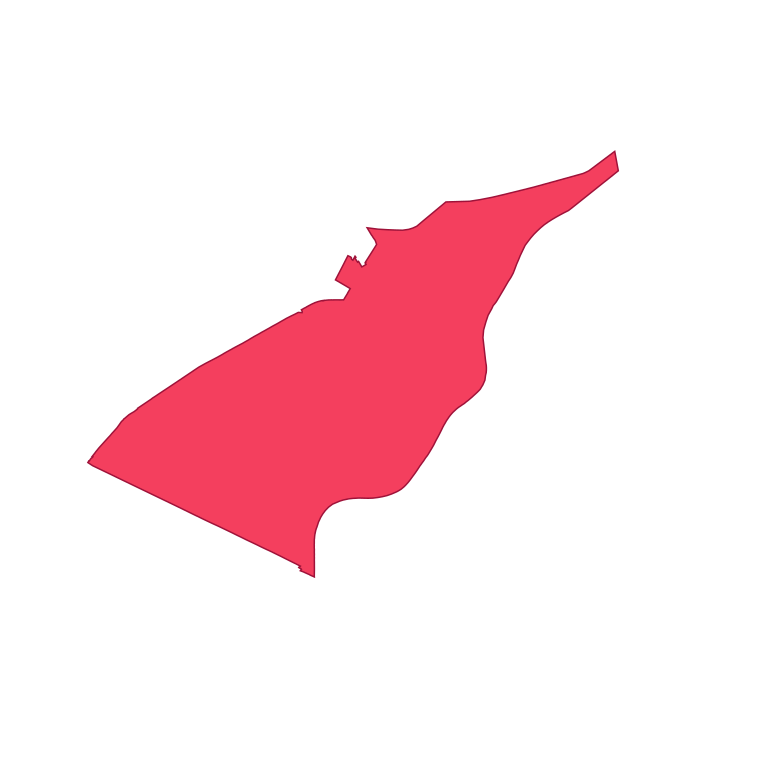 outline of Krimpen aan den IJssel, Zuid-Holland, Netherlands, rotated 157°
{"feature_id": "6326949B82028476449042", "entity_name": "Krimpen aan den IJssel", "entity_type": "district", "adm_level": 2, "iso_a3": "NLD", "parent_name": "Netherlands", "parent_adm1": "Zuid-Holland", "projection": "mercator", "projection_center": [4.603, 51.917], "detail": "fine", "context": "isolated", "style": "filled", "palette": "rose", "viewbox_px": 768, "rotation_deg": 157, "n_neighbors": 0, "source": "geoboundaries", "source_scale": "gbopen_adm2", "svg_char_len": 5543}
<svg xmlns="http://www.w3.org/2000/svg" viewBox="0 0 768 768"><g transform="rotate(157 384 384)"><path d="M85.0,488.7L84.8,489.6L80.7,508.0L112.2,500.2L116.3,500.0L118.6,500.0L169.2,506.7L194.3,510.7L198.1,511.3L211.5,513.6L223.7,516.2L233.9,518.8L255.9,527.4L284.8,518.7L291.9,516.5L292.8,516.4L296.6,516.3L300.8,516.7L306.8,518.3L313.2,521.2L320.4,524.6L328.9,528.8L338.5,534.4L337.5,527.2L337.3,525.9L337.0,524.8L336.9,524.2L336.8,523.2L336.0,519.7L336.1,517.4L336.3,515.3L344.8,509.4L353.8,503.2L353.4,502.6L353.9,502.3L354.2,502.1L353.9,501.0L356.3,500.7L358.2,500.5L358.7,500.5L358.9,502.4L359.0,503.1L359.1,503.9L359.4,505.8L359.5,506.8L360.7,506.5L361.1,508.6L361.1,509.0L361.6,510.6L360.3,511.6L360.7,513.0L362.2,511.8L364.3,510.1L365.1,511.5L365.1,511.9L365.1,512.1L364.8,512.4L364.8,512.5L364.7,512.7L364.7,512.9L365.0,513.9L367.1,516.2L373.1,511.2L373.4,510.9L388.0,498.8L381.0,489.4L377.8,485.0L381.2,482.5L382.0,481.9L382.1,481.7L383.5,480.7L385.5,479.3L387.0,478.2L388.3,477.2L388.6,477.4L391.2,478.4L394.1,479.7L396.0,480.5L398.8,481.6L399.4,481.9L400.9,482.5L401.6,482.8L402.4,483.1L402.8,483.2L403.4,483.4L403.7,483.5L404.7,483.8L405.4,484.0L406.2,484.2L407.0,484.3L406.8,484.5L408.0,484.8L408.7,485.0L409.1,485.1L410.2,485.3L411.1,485.4L412.2,485.6L412.5,485.6L413.4,485.7L413.9,485.7L414.4,485.8L415.1,485.8L415.5,485.8L415.9,485.9L416.7,485.8L417.4,485.8L418.0,485.8L418.5,485.8L418.9,485.8L419.7,485.7L420.6,485.7L421.2,485.6L422.2,485.5L423.1,485.5L423.9,485.3L424.8,485.3L425.8,485.1L426.7,485.0L427.7,485.0L428.4,484.9L429.2,484.8L429.8,484.7L430.5,484.7L431.1,484.6L431.0,483.8L430.9,483.2L430.9,482.8L431.1,482.3L431.3,482.0L431.5,481.7L432.3,482.1L432.8,482.4L433.2,482.5L433.5,482.7L433.7,482.8L434.4,483.1L434.9,483.4L438.7,483.1L440.8,483.0L443.1,482.9L447.5,482.6L447.9,482.6L450.2,482.3L451.9,482.1L454.7,481.8L456.8,481.5L459.6,481.2L461.8,481.0L463.9,480.8L466.3,480.5L467.8,480.3L469.8,480.1L470.7,480.0L472.4,479.8L474.3,479.6L476.6,479.4L478.6,479.1L479.6,479.0L481.6,478.8L483.5,478.6L484.6,478.5L485.5,478.4L486.7,478.2L488.5,478.0L489.8,477.8L491.6,477.5L493.4,477.3L495.3,477.1L496.8,476.9L498.5,476.7L499.8,476.6L501.2,476.5L501.5,476.5L501.9,476.4L503.6,476.3L504.6,476.2L505.6,476.1L506.3,476.1L507.7,475.9L509.2,475.8L511.2,475.5L512.8,475.4L514.3,475.2L515.7,475.1L517.4,474.9L519.9,474.6L521.0,474.4L521.9,474.3L523.6,474.1L524.6,474.0L525.7,473.9L526.3,473.8L540.2,472.7L547.8,471.9L552.0,471.1L560.2,469.5L577.4,466.2L582.1,465.3L596.1,462.7L599.1,462.1L602.6,461.5L604.4,461.0L620.4,457.9L620.6,457.3L624.9,456.2L628.2,455.8L630.7,455.4L636.4,453.6L636.9,453.6L638.0,452.9L640.4,452.0L642.0,451.0L643.6,450.0L646.9,448.0L652.0,445.6L653.6,444.9L656.5,443.4L658.6,442.5L663.6,440.2L669.6,437.4L671.7,436.4L676.2,434.0L676.8,433.6L681.0,431.3L680.7,431.1L680.4,430.7L681.3,430.2L681.7,430.2L682.0,430.2L682.4,430.1L682.7,430.0L683.2,429.7L683.8,429.4L685.3,428.3L685.5,428.4L685.7,428.6L687.3,427.4L684.1,422.6L682.6,420.9L651.1,385.0L623.0,353.0L607.8,335.5L607.7,335.5L607.2,334.9L604.3,331.5L601.4,328.2L596.4,322.6L592.1,317.9L585.5,310.4L581.8,306.2L578.3,302.1L575.8,299.3L571.7,294.5L567.6,289.9L563.7,285.5L560.7,282.0L556.7,277.5L555.1,275.8L546.4,265.8L543.2,262.0L537.3,255.1L532.1,249.0L532.7,248.7L532.9,248.8L533.0,248.9L533.4,248.8L533.6,248.7L534.2,248.4L534.1,248.2L532.7,246.3L532.4,245.9L532.4,245.6L534.0,244.8L533.6,244.4L531.9,242.8L531.4,242.3L530.9,241.7L529.6,240.3L528.1,238.7L527.3,237.9L526.6,236.9L525.5,235.7L524.6,234.8L524.1,234.2L523.7,233.8L523.5,233.6L523.1,234.7L522.2,236.7L520.3,241.0L519.1,243.9L517.7,247.2L516.9,249.2L515.9,251.4L515.6,252.3L514.5,254.7L514.2,255.6L513.6,257.0L512.7,259.0L512.1,260.8L511.3,262.5L511.2,263.0L510.4,264.6L508.9,268.1L508.5,268.7L507.4,270.8L506.5,272.4L505.3,274.1L504.2,275.7L503.9,276.1L502.7,277.5L501.7,278.5L498.0,282.8L497.7,283.0L496.0,284.5L494.6,285.8L493.4,286.7L491.3,288.2L491.0,288.4L487.4,290.5L483.2,292.3L478.7,293.4L478.4,293.5L470.6,293.5L466.4,293.1L466.1,293.0L461.5,292.1L460.4,291.8L456.8,290.7L456.6,290.6L454.4,289.8L452.9,289.3L452.1,289.0L450.9,288.5L450.6,288.4L449.2,287.7L448.2,287.3L447.2,286.8L445.6,286.1L443.4,285.1L438.8,283.3L433.9,281.9L431.7,281.4L429.5,280.9L424.8,280.1L420.1,279.8L417.0,279.8L415.3,279.8L413.3,279.9L411.0,280.2L409.2,280.5L407.6,281.0L405.9,281.5L403.6,282.4L400.0,284.1L397.6,285.4L395.1,286.9L389.4,290.3L385.7,292.7L382.6,294.8L382.0,295.1L379.9,296.4L377.5,297.8L375.6,299.1L374.5,299.8L374.4,299.9L372.7,300.8L371.1,301.8L369.0,303.3L364.6,306.5L362.1,308.4L358.0,311.9L356.2,313.3L354.8,314.4L352.5,316.3L350.6,317.9L349.2,319.1L347.7,320.4L347.2,320.9L345.1,322.6L343.6,323.7L342.9,324.2L341.0,325.7L339.1,326.9L337.1,328.2L335.0,329.4L333.2,330.3L331.4,331.1L329.2,331.9L327.0,332.7L324.5,333.4L322.3,333.8L319.9,334.3L317.6,334.7L315.4,335.4L313.0,336.0L308.2,337.5L306.0,338.3L303.7,339.1L301.5,339.9L299.5,340.7L297.3,341.7L295.3,343.2L293.4,344.5L291.5,346.3L289.6,348.1L288.2,350.5L287.0,352.5L285.5,354.5L284.4,356.6L283.4,358.9L282.6,361.1L282.0,363.6L281.4,365.8L276.2,383.3L274.8,388.0L271.2,394.8L265.9,401.4L261.3,406.6L255.5,411.1L252.9,413.5L250.7,414.6L248.7,415.7L245.2,418.2L236.5,424.6L231.6,428.3L229.3,430.0L226.1,432.1L224.9,433.0L221.7,435.6L218.4,439.0L215.1,442.5L211.6,445.8L208.4,449.0L199.9,456.5L195.8,458.9L191.7,461.2L187.4,463.3L182.9,465.1L178.5,466.7L174.2,468.0L169.6,469.0L164.9,469.8L160.4,470.4L155.7,470.9L151.1,471.3L146.4,471.6L141.1,473.0L85.0,488.7Z" fill="#f43f5e" stroke="#9f1239" stroke-width="1.5"/></g></svg>